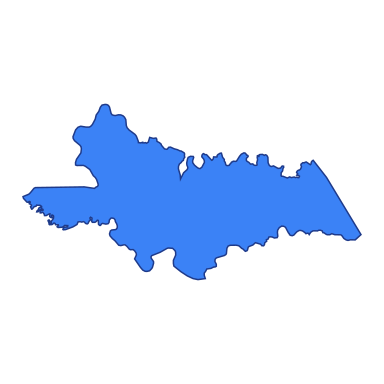 Boane, Maputo, Mozambique (Robinson projection), rotated 90°
{"feature_id": "85939544B68927430168058", "entity_name": "Boane", "entity_type": "district", "adm_level": 2, "iso_a3": "MOZ", "parent_name": "Mozambique", "parent_adm1": "Maputo", "projection": "robinson", "projection_center": [32.342, -26.029], "detail": "fine", "context": "isolated", "style": "filled", "palette": "blue", "viewbox_px": 384, "rotation_deg": 90, "n_neighbors": 0, "source": "geoboundaries", "source_scale": "gbopen_adm2", "svg_char_len": 6101}
<svg xmlns="http://www.w3.org/2000/svg" viewBox="0 0 384 384"><g transform="rotate(90 192 192)"><path d="M266.3,167.7L264.2,167.7L261.5,169.1L259.3,168.9L258.1,167.9L257.7,167.1L255.5,159.6L254.5,158.1L253.6,157.6L248.3,157.1L246.1,155.9L245.3,154.0L245.2,148.0L245.6,145.8L246.1,144.7L248.4,142.3L248.8,141.3L251.3,138.7L250.8,137.1L250.0,136.5L247.2,135.8L246.5,135.0L245.0,131.1L242.7,128.6L244.2,123.4L245.7,122.2L245.8,120.4L244.8,119.6L242.7,119.2L241.2,117.3L239.7,117.6L238.9,115.7L237.2,115.3L236.8,113.9L237.0,111.8L238.0,109.6L237.6,106.8L236.2,106.2L232.3,106.6L230.1,106.3L227.6,104.7L226.1,102.3L226.3,100.2L227.3,98.5L233.0,95.5L233.6,94.7L234.7,94.5L235.4,93.3L235.7,91.8L235.1,90.2L231.9,87.3L230.5,84.9L230.4,83.5L230.9,81.5L232.7,79.0L233.7,78.1L233.2,76.7L233.4,75.5L234.6,74.8L232.3,73.3L231.1,71.5L230.8,70.3L230.9,66.5L230.3,65.3L230.2,63.7L230.9,61.8L232.7,61.1L232.8,60.0L234.4,57.7L234.7,56.8L234.7,54.1L233.7,52.2L234.7,49.2L234.8,43.3L235.4,42.3L238.5,40.1L239.9,37.9L240.4,36.0L239.8,33.5L239.9,28.8L234.6,23.0L177.4,57.5L160.3,70.8L160.7,71.6L162.1,72.7L164.0,73.0L164.7,73.7L162.0,77.7L162.2,78.8L162.8,79.7L162.7,81.2L164.2,83.0L165.2,83.1L166.7,82.5L169.0,83.4L170.0,84.5L170.2,85.6L170.9,86.6L172.1,87.4L172.6,87.4L173.8,86.3L175.2,87.2L175.5,85.4L176.2,84.5L177.6,85.1L177.7,86.0L177.1,87.1L177.6,88.7L177.0,89.8L177.6,92.7L176.9,94.3L178.0,96.7L176.3,101.0L176.2,102.6L175.7,102.9L172.8,102.8L170.9,101.4L168.4,101.0L167.4,100.3L166.2,100.4L166.0,101.5L166.3,102.2L168.1,103.4L168.4,105.9L165.9,110.5L166.5,112.6L166.3,113.5L165.2,114.8L162.7,115.9L157.3,116.1L155.5,117.1L154.8,118.2L154.8,118.8L155.4,119.7L154.4,121.4L154.5,123.8L154.7,124.7L156.5,125.1L156.5,125.6L155.6,126.1L155.7,126.6L157.6,126.8L159.6,126.4L162.7,127.2L164.9,126.9L165.3,127.5L165.4,129.1L165.0,130.1L163.9,131.2L164.1,133.5L162.4,135.1L161.2,137.1L160.2,137.7L158.7,137.6L158.2,137.5L156.6,135.9L155.7,136.0L155.2,136.5L155.1,137.4L153.8,138.1L153.0,139.0L152.9,140.2L154.2,142.7L156.2,144.4L161.0,147.4L161.4,148.2L161.2,150.8L161.7,151.2L162.1,152.5L163.6,153.4L164.3,154.3L165.2,154.6L165.6,156.1L165.5,157.3L164.8,158.2L162.3,158.8L161.1,159.7L159.4,159.7L157.3,161.4L153.1,162.6L153.2,163.8L154.5,166.0L155.5,166.9L156.8,166.9L157.0,167.2L156.9,170.4L158.9,170.8L160.2,171.9L160.3,172.3L154.9,177.2L154.6,177.7L154.6,179.2L153.6,180.3L153.9,181.1L155.1,182.0L156.8,182.2L159.1,180.3L160.7,179.7L162.4,179.6L167.2,182.1L168.6,184.0L168.4,185.2L167.7,186.5L165.2,189.5L162.8,191.2L160.9,191.4L157.4,190.3L156.5,190.7L156.3,193.5L157.4,195.8L159.1,196.5L163.0,197.3L165.1,197.1L167.3,196.2L168.7,196.4L169.7,197.0L172.8,200.4L179.0,203.5L175.0,203.8L168.8,205.6L166.3,205.5L164.0,204.6L162.5,202.8L161.3,202.0L160.3,200.6L158.7,200.3L157.2,199.2L155.9,199.6L153.9,199.4L152.8,199.9L151.0,202.9L150.9,204.0L149.7,206.5L148.8,209.8L147.1,213.5L147.3,215.3L149.1,216.7L149.3,217.2L148.9,219.5L145.2,222.6L144.2,222.8L142.7,224.5L141.4,227.0L139.0,227.3L138.0,228.0L138.4,230.7L137.4,234.3L142.1,235.7L143.2,237.5L142.6,238.6L142.9,239.6L142.8,241.4L142.3,241.4L142.9,243.4L142.6,245.6L141.9,245.5L138.1,246.9L136.1,247.7L134.4,249.0L130.0,254.9L127.7,256.9L125.5,257.7L119.6,258.2L117.2,259.5L115.8,261.0L114.9,263.2L114.8,265.6L115.5,268.4L115.4,270.1L114.8,271.9L113.4,272.9L107.1,274.5L105.4,275.6L104.6,277.1L104.4,278.9L105.1,282.0L107.3,283.7L111.4,285.2L115.0,287.8L119.2,288.8L124.5,291.6L126.4,293.4L127.1,294.8L127.1,297.9L126.3,302.8L126.3,303.6L127.3,306.1L129.9,308.4L136.7,311.0L138.5,310.8L140.7,309.5L145.3,304.0L146.7,303.0L148.8,302.6L152.9,303.1L159.3,307.5L162.6,308.5L165.0,308.4L165.5,307.1L165.4,300.6L166.3,298.6L169.5,294.2L175.7,290.7L177.5,288.7L179.6,287.4L184.0,285.9L185.5,285.9L186.4,286.5L187.4,288.5L188.4,289.4L186.9,299.8L187.6,348.6L188.3,350.0L192.7,353.6L194.2,355.2L196.6,361.0L198.4,360.5L202.1,357.1L202.3,355.8L201.6,355.1L201.5,354.4L201.9,353.8L202.4,353.8L203.3,354.7L203.8,354.7L204.3,353.5L205.1,352.5L205.9,352.6L206.7,353.5L209.1,352.4L209.0,351.7L206.6,349.7L206.3,348.0L205.1,347.4L205.3,345.9L205.2,344.1L206.4,342.4L207.1,342.3L207.4,342.8L207.2,344.0L208.0,345.1L209.8,345.8L211.1,347.1L211.9,347.3L211.8,346.0L210.1,344.5L208.7,342.3L209.4,341.0L210.2,341.0L210.3,342.6L210.8,343.6L211.3,343.9L212.8,343.9L213.0,343.0L212.4,342.2L212.2,341.3L214.1,339.8L215.6,339.5L215.6,337.9L213.9,334.7L213.8,334.1L216.5,334.3L217.4,333.4L217.8,332.0L217.4,331.5L216.4,332.3L215.3,332.4L215.0,331.9L215.5,330.8L216.1,330.4L218.2,330.5L219.6,331.3L221.1,332.7L223.3,332.8L223.7,333.4L223.1,334.4L221.0,334.2L220.1,334.6L220.1,335.6L220.7,336.0L222.9,335.0L224.1,335.0L224.7,334.5L224.6,332.1L224.2,331.3L223.2,330.5L223.1,329.5L223.6,328.8L224.7,328.5L224.8,325.7L225.6,325.6L226.8,326.9L227.5,325.9L227.2,321.8L226.7,320.8L225.4,319.3L225.6,316.2L227.0,316.4L227.2,318.9L228.0,320.6L229.5,321.1L229.8,320.7L229.6,318.4L226.9,311.1L224.5,307.0L221.9,305.9L221.7,303.9L222.1,302.2L221.6,300.6L222.2,299.4L223.4,298.5L223.9,297.0L223.8,296.5L223.3,295.9L221.2,294.9L220.4,293.9L219.7,293.6L218.0,294.1L217.2,293.4L218.1,292.0L221.3,292.3L222.3,291.7L222.3,289.0L221.6,287.9L220.3,286.8L220.2,286.2L220.5,285.7L224.3,285.5L225.4,284.4L225.4,283.5L223.9,282.5L223.4,281.5L224.1,278.1L223.7,275.9L222.5,275.0L219.9,274.6L218.2,273.1L218.0,272.2L218.4,270.2L219.7,269.0L221.6,268.6L223.9,267.3L225.9,266.7L227.8,266.8L229.2,267.7L229.6,268.6L230.0,272.3L230.9,273.6L233.9,274.5L235.8,274.0L238.5,271.7L240.9,268.9L245.2,265.3L245.6,263.2L244.8,260.0L244.9,258.8L246.4,257.0L249.2,254.7L249.7,253.6L249.6,250.8L250.9,249.3L253.0,247.9L254.9,247.6L258.9,249.4L267.6,243.4L270.1,241.2L271.3,238.9L271.4,237.0L270.8,234.4L268.5,232.2L267.2,231.5L263.1,230.4L261.5,230.5L258.0,232.9L256.5,232.9L255.6,232.2L252.3,223.9L248.3,216.8L248.0,215.6L248.3,211.4L250.6,209.0L252.1,208.4L255.1,208.3L260.3,210.6L263.5,210.6L266.1,210.1L271.7,203.1L275.9,196.7L278.6,190.9L279.6,186.0L278.6,178.7L275.5,179.7L273.9,179.8L273.0,179.7L271.5,178.5L269.0,177.2L268.4,173.1L267.1,170.5L266.9,168.7L266.3,167.7Z" fill="#3b82f6" stroke="#1e3a8a" stroke-width="1.5"/></g></svg>